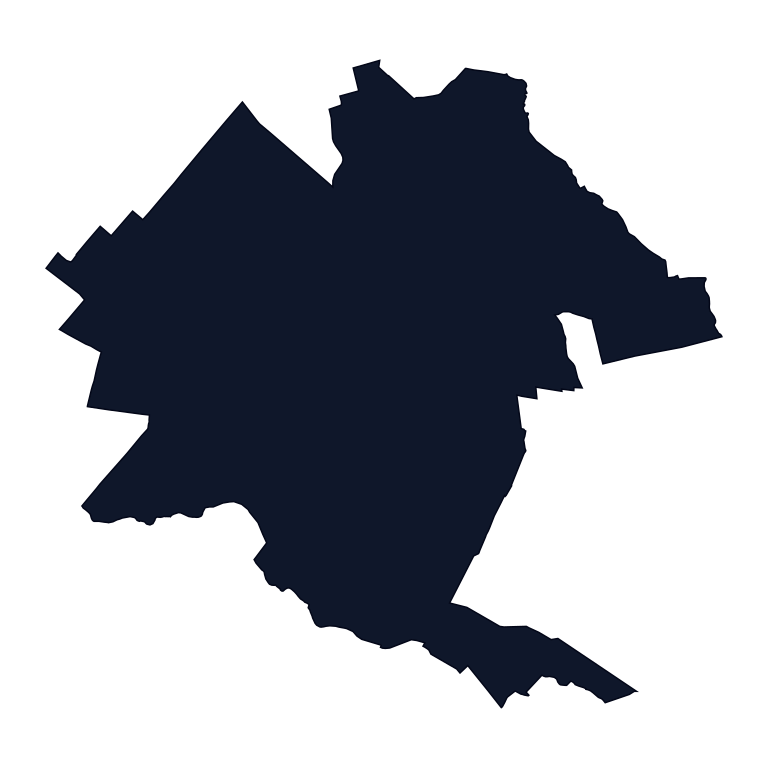 the district of Fantana Mare, Suceava, Romania
{"feature_id": "2599482B40231105369461", "entity_name": "Fantana Mare", "entity_type": "district", "adm_level": 2, "iso_a3": "ROU", "parent_name": "Romania", "parent_adm1": "Suceava", "projection": "albers", "projection_center": [26.306, 47.408], "detail": "fine", "context": "isolated", "style": "filled", "palette": "ink", "viewbox_px": 768, "rotation_deg": 0, "n_neighbors": 0, "source": "geoboundaries", "source_scale": "gbopen_adm2", "svg_char_len": 6030}
<svg xmlns="http://www.w3.org/2000/svg" viewBox="0 0 768 768"><path d="M636.5,691.3L557.9,638.5L551.1,639.6L538.7,632.3L528.9,627.8L526.4,626.4L504.0,627.0L499.8,626.4L466.9,607.4L449.6,603.0L473.7,555.9L478.5,553.6L479.1,552.4L479.7,550.6L485.5,536.9L486.2,534.8L488.2,531.0L489.6,527.8L494.3,515.8L500.9,502.9L504.5,495.5L505.1,496.4L506.1,495.4L511.6,485.9L511.6,484.6L523.6,454.6L524.6,452.5L525.1,452.1L525.8,450.8L525.5,449.6L525.0,448.5L523.9,441.2L523.6,440.4L523.9,438.8L524.8,436.2L525.7,431.0L524.9,430.7L523.8,429.3L521.2,428.6L516.8,395.2L518.3,395.4L521.5,396.2L536.9,398.7L535.8,387.1L561.9,391.3L561.6,389.1L573.8,390.6L573.9,387.5L582.2,387.9L577.7,378.2L574.7,366.3L573.2,363.8L568.3,358.6L567.2,356.6L566.6,353.9L565.9,348.0L565.8,345.7L565.4,342.6L565.7,338.8L565.1,336.5L564.0,334.4L563.3,331.4L561.4,324.3L557.2,318.1L554.7,315.0L558.5,314.3L562.5,311.9L563.9,311.7L568.4,311.7L570.6,312.1L572.7,313.2L577.9,314.9L583.8,316.5L589.1,318.6L592.0,318.9L593.9,327.4L595.7,334.0L596.9,339.4L598.6,346.2L600.3,353.9L602.9,363.9L634.7,356.1L681.8,347.2L721.9,336.7L721.5,335.7L720.5,334.4L718.6,333.3L716.8,330.1L716.0,329.0L714.2,325.6L714.3,324.4L715.4,322.7L715.6,320.8L715.3,319.5L714.0,316.4L712.3,314.0L710.2,311.2L709.3,307.9L709.3,306.2L709.5,304.0L709.4,301.2L709.1,297.7L708.5,296.1L707.1,293.7L705.2,291.2L704.1,286.3L704.3,282.6L705.9,279.7L705.9,278.4L705.6,278.0L704.9,277.8L688.4,277.9L680.9,279.0L679.0,279.1L678.1,277.1L677.5,275.6L675.9,276.1L674.4,277.0L670.1,277.6L667.6,277.6L667.3,276.8L667.0,272.8L666.2,266.4L665.7,261.7L665.0,260.1L661.8,259.0L659.4,257.0L653.2,253.3L648.3,249.9L641.2,243.7L634.4,236.7L629.4,233.9L627.9,232.3L625.9,226.8L622.5,219.6L618.2,213.8L616.7,212.0L612.4,210.6L607.7,208.7L603.7,206.0L601.8,204.1L602.8,200.8L602.1,199.4L599.2,196.1L596.2,194.7L593.8,193.3L589.8,192.7L587.0,191.3L585.4,188.5L584.3,186.3L580.9,188.1L579.8,188.0L576.6,183.0L576.2,179.7L575.4,177.5L573.0,175.3L572.0,173.8L571.6,171.1L571.6,170.0L568.4,167.3L567.7,165.7L565.3,161.8L561.2,159.2L554.3,155.5L536.1,141.2L529.1,132.1L528.5,129.2L528.6,123.2L528.3,119.8L527.0,116.7L527.3,115.8L528.0,114.8L528.3,113.5L527.7,113.0L525.8,113.2L525.1,112.8L524.2,111.1L523.3,108.9L523.4,107.0L524.6,105.7L524.8,104.8L524.5,104.1L523.4,104.2L523.3,103.3L524.4,101.6L524.7,99.8L525.2,99.1L526.2,96.7L526.0,96.1L525.0,95.2L524.9,94.3L525.3,93.4L526.6,93.5L526.9,93.2L526.8,92.7L525.7,90.6L525.4,88.7L526.6,86.0L526.0,83.3L524.2,81.3L522.7,80.2L521.7,79.8L518.6,79.9L515.2,79.4L510.3,77.6L507.8,76.0L506.7,74.0L505.8,74.4L504.0,74.7L487.8,71.7L483.1,71.1L474.0,70.0L465.9,68.4L465.4,68.5L455.4,79.6L451.7,81.7L449.1,84.1L443.4,90.3L441.2,93.2L438.7,94.8L433.1,96.0L423.5,97.5L416.3,97.7L414.0,98.9L388.7,75.8L388.4,76.2L378.7,67.3L379.7,60.4L353.2,68.0L358.7,90.7L357.7,91.2L339.9,96.1L341.3,101.3L341.5,103.7L341.1,105.2L329.2,109.3L331.3,118.2L332.6,138.5L333.5,141.7L335.7,145.7L341.2,153.5L342.8,157.2L343.0,160.3L342.1,163.4L334.7,174.3L332.9,180.6L332.8,187.1L327.1,182.0L270.0,132.7L259.5,123.9L256.9,120.8L242.4,102.0L226.5,120.5L202.2,149.3L180.9,174.9L174.2,183.3L163.7,195.4L149.6,212.1L142.8,219.7L132.6,211.1L111.2,235.8L100.2,226.3L86.8,241.9L76.3,254.5L76.6,255.0L72.3,260.8L70.7,262.0L66.4,260.5L60.9,255.9L60.5,255.4L58.0,252.9L55.2,256.4L46.1,268.3L79.6,293.9L84.6,299.9L68.7,318.7L59.4,329.4L61.8,330.7L67.9,334.3L85.7,344.0L90.9,346.1L96.7,349.6L101.4,352.1L100.4,355.2L97.9,364.4L96.5,369.9L94.1,381.0L92.4,386.1L91.4,389.7L87.4,406.2L87.4,406.6L109.5,409.9L142.8,414.3L149.4,415.0L149.3,417.1L149.1,419.9L149.2,422.2L148.7,423.3L148.3,425.6L148.2,427.1L147.9,428.6L147.3,429.5L141.7,435.6L127.1,453.3L100.1,483.9L96.4,488.6L87.1,499.7L81.9,506.0L82.3,506.4L82.7,507.2L83.3,508.1L85.5,509.7L88.2,512.0L89.8,513.6L90.5,514.8L91.4,518.1L91.9,519.2L92.3,520.0L93.2,520.9L94.0,521.3L98.9,521.3L104.1,522.1L107.8,522.5L108.5,522.7L112.9,521.8L117.0,519.8L119.9,519.0L122.4,518.0L130.1,516.6L134.0,517.4L134.7,517.6L135.5,518.3L136.2,519.1L136.7,519.7L137.0,520.3L138.0,520.8L139.4,521.3L140.6,520.9L144.2,521.7L144.9,522.1L145.8,523.2L146.5,523.9L147.1,524.2L150.0,524.9L152.9,523.6L155.0,519.9L155.2,518.4L157.0,517.0L160.4,517.3L162.2,517.0L164.0,516.4L165.8,516.6L166.5,516.5L168.3,516.6L169.8,516.5L170.3,516.8L171.7,515.2L173.8,514.1L178.4,512.6L180.9,512.9L188.7,516.5L190.5,516.8L192.2,517.1L194.6,517.1L196.3,517.3L198.3,517.2L199.9,516.7L201.4,515.9L202.4,514.1L202.6,512.8L203.1,511.5L205.2,507.7L209.6,506.9L213.3,506.9L222.9,503.0L229.5,501.9L233.9,501.6L241.7,504.3L248.1,509.5L249.7,512.3L258.0,522.6L262.8,534.3L266.7,542.9L255.9,557.3L254.1,559.6L256.1,563.2L261.8,569.9L263.7,571.2L264.3,572.5L264.5,574.0L265.9,579.0L268.1,582.4L269.5,584.2L271.7,585.1L274.3,585.3L275.5,585.0L276.8,586.4L279.9,588.8L280.6,590.2L282.0,591.1L283.2,591.0L285.2,589.2L287.1,588.1L289.2,587.9L291.3,589.0L294.4,591.7L296.4,593.9L298.4,596.5L300.5,598.9L303.6,600.9L304.8,602.2L307.0,603.1L309.1,604.5L308.2,607.8L309.8,610.0L310.5,612.2L312.1,616.0L312.7,618.1L315.1,623.3L316.7,625.2L319.8,626.9L321.1,627.1L323.5,626.8L326.2,626.2L329.8,625.8L335.7,626.2L339.0,627.1L344.6,628.1L346.7,628.6L353.0,631.5L357.0,636.1L361.7,639.3L380.7,645.0L381.1,645.4L380.9,646.3L380.5,647.3L382.3,648.1L385.3,648.4L389.8,648.0L411.3,639.7L416.8,640.5L424.9,642.8L423.0,646.2L424.9,647.2L427.5,648.9L429.0,650.2L429.8,651.9L431.0,654.2L456.7,669.0L460.0,673.0L467.8,665.6L488.1,690.8L501.3,707.6L501.7,707.4L502.6,706.3L504.7,702.4L506.8,697.9L507.6,696.9L515.2,691.0L520.9,694.1L522.8,694.5L524.1,695.0L528.2,695.8L528.9,695.2L526.1,692.1L541.9,675.2L543.6,676.1L545.4,676.7L547.3,676.7L549.5,676.4L554.3,677.3L556.7,679.1L557.8,682.0L559.3,684.0L560.1,684.6L560.9,684.9L564.9,685.3L566.7,685.3L570.8,681.1L572.5,681.8L574.3,683.3L575.2,684.6L578.6,686.0L583.7,687.6L585.7,688.6L586.0,688.9L585.9,689.3L588.1,689.8L590.5,690.8L593.0,692.7L598.2,697.2L599.3,697.8L601.2,698.5L602.1,699.1L603.2,700.2L605.2,702.7L629.4,694.4L634.3,691.3L636.5,691.3Z" fill="#0f172a" stroke="#020617" stroke-width="1.5"/></svg>